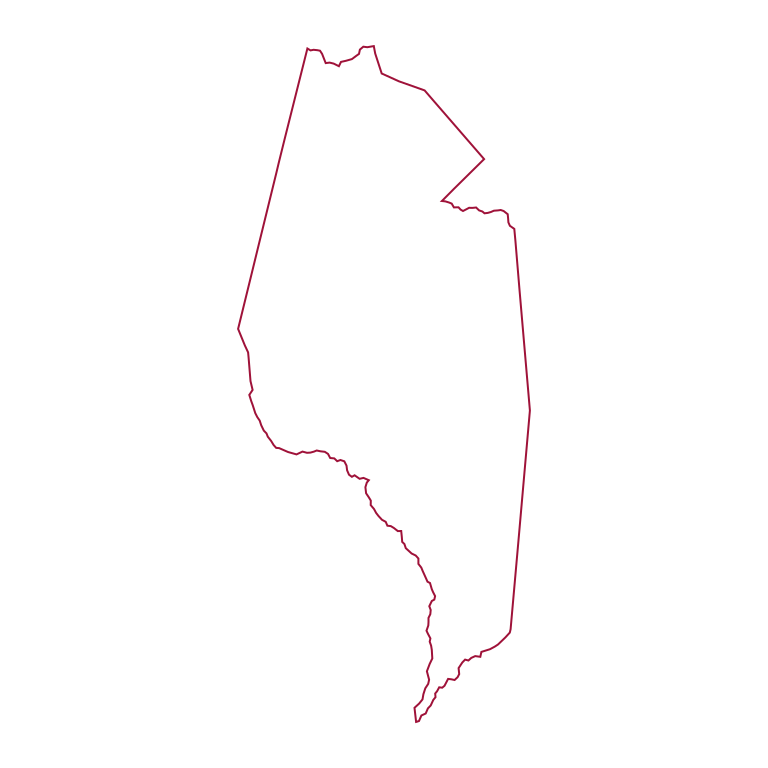 Buíque, Pernambuco, Brazil (Equal Earth projection)
{"feature_id": "56859067B27287722932240", "entity_name": "Buíque", "entity_type": "district", "adm_level": 2, "iso_a3": "BRA", "parent_name": "Brazil", "parent_adm1": "Pernambuco", "projection": "equal_earth", "projection_center": [-37.124, -8.688], "detail": "fine", "context": "isolated", "style": "outline", "palette": "rose", "viewbox_px": 768, "rotation_deg": 0, "n_neighbors": 0, "source": "geoboundaries", "source_scale": "gbopen_adm2", "svg_char_len": 2443}
<svg xmlns="http://www.w3.org/2000/svg" viewBox="0 0 768 768"><path d="M509.8,632.6L510.6,629.2L518.9,535.7L529.9,410.5L519.5,289.8L515.4,240.7L514.3,228.9L509.9,225.8L508.4,222.4L508.1,218.2L507.7,214.2L503.6,211.0L500.7,210.0L498.0,210.4L493.9,210.7L490.9,212.0L487.8,212.9L484.5,213.3L482.4,211.5L479.1,210.4L476.1,207.5L472.5,207.9L469.1,207.8L466.1,209.4L463.0,211.0L460.6,209.6L458.5,207.3L453.9,207.4L451.7,203.6L449.0,202.5L445.4,201.4L441.9,201.0L453.7,189.1L484.1,159.1L432.8,99.9L424.6,90.4L398.9,81.3L381.7,73.5L375.2,53.5L373.8,46.1L367.3,47.2L363.3,46.7L359.9,49.6L359.0,53.9L355.9,56.1L351.9,59.1L345.9,60.8L341.0,61.9L338.9,66.2L333.7,63.6L329.6,62.6L325.7,63.1L322.1,53.9L320.0,50.7L317.4,50.2L313.6,49.8L310.5,50.4L307.4,48.5L284.6,139.2L278.8,162.6L276.3,173.1L259.1,243.2L250.1,280.0L238.1,328.9L244.8,345.3L248.1,352.4L248.6,357.7L250.1,376.2L250.5,381.1L252.6,389.9L249.3,394.9L251.2,401.0L252.7,405.1L255.3,413.2L257.3,417.1L259.7,420.6L261.2,425.2L263.8,430.6L266.5,433.4L267.8,436.7L271.1,440.9L273.6,445.0L276.2,447.9L279.1,448.1L288.0,452.0L296.5,454.4L302.5,451.6L307.0,452.8L310.4,452.6L314.0,451.6L316.7,450.5L320.5,451.3L324.8,451.8L328.0,453.9L330.2,458.0L334.3,458.4L337.2,461.2L340.4,460.0L344.3,461.3L346.5,465.6L347.1,470.3L349.0,474.7L351.9,476.8L354.6,475.3L359.6,478.8L363.5,477.9L368.8,480.2L366.8,482.6L365.4,487.2L366.1,493.3L368.8,497.3L370.8,500.6L370.7,505.1L374.0,509.0L376.1,512.9L378.5,516.0L382.0,519.8L385.7,521.8L387.4,525.7L390.8,526.1L393.9,528.0L397.8,531.1L401.2,531.0L401.8,536.8L402.2,541.9L404.4,544.0L405.8,548.2L409.0,551.1L411.6,553.5L415.7,555.5L418.4,558.5L418.4,563.9L421.3,567.6L422.6,570.8L425.0,576.1L427.5,581.7L430.0,583.0L431.8,589.2L433.1,592.2L435.1,596.1L434.3,599.6L431.8,601.0L429.3,606.2L430.7,610.0L430.3,614.2L428.5,617.9L428.5,622.0L428.3,625.5L426.5,630.7L427.9,633.7L430.4,638.4L429.7,641.7L431.1,645.6L431.8,649.9L432.3,658.5L429.7,663.9L426.9,671.3L429.1,679.7L428.2,683.9L425.3,688.3L423.4,694.2L422.5,699.4L419.2,703.5L414.5,707.8L416.1,721.9L419.0,721.0L421.4,715.5L425.7,713.5L427.9,708.4L430.7,705.5L433.3,699.9L435.5,697.2L435.2,693.5L437.1,691.2L439.2,687.3L442.2,687.7L444.5,685.8L448.1,678.9L451.4,679.3L454.6,680.0L457.6,677.2L459.2,674.1L458.6,668.1L462.3,662.5L465.1,659.6L468.4,660.5L471.3,657.9L475.2,656.1L480.3,656.8L481.4,651.9L490.0,649.2L494.8,646.6L498.0,644.5L505.4,637.4L509.8,632.6Z" fill="none" stroke="#9f1239" stroke-width="2"/></svg>